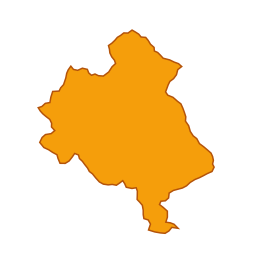 outline of Bicas, Minas Gerais, Brazil, rotated 101°
{"feature_id": "56859067B9449186447624", "entity_name": "Bicas", "entity_type": "district", "adm_level": 2, "iso_a3": "BRA", "parent_name": "Brazil", "parent_adm1": "Minas Gerais", "projection": "orthographic", "projection_center": [-43.101, -21.732], "detail": "fine", "context": "isolated", "style": "filled", "palette": "amber", "viewbox_px": 256, "rotation_deg": 101, "n_neighbors": 0, "source": "geoboundaries", "source_scale": "gbopen_adm2", "svg_char_len": 1946}
<svg xmlns="http://www.w3.org/2000/svg" viewBox="0 0 256 256"><g transform="rotate(101 128 128)"><path d="M216.9,59.7L213.7,64.4L213.0,68.4L213.2,72.9L208.0,72.3L202.1,73.5L199.4,78.0L197.1,82.5L193.6,81.7L192.3,77.4L188.9,74.8L184.0,75.2L180.6,71.5L178.7,67.6L176.5,63.1L173.6,59.5L169.6,56.6L165.8,52.5L163.2,48.5L160.5,45.0L157.8,41.7L154.6,37.2L150.0,36.0L147.3,38.1L143.5,38.0L139.9,39.5L136.8,41.7L134.3,46.0L132.1,49.9L129.7,54.9L125.3,58.5L123.3,62.5L119.5,66.2L114.2,68.9L110.3,72.9L106.0,73.4L102.0,75.6L98.0,78.0L94.2,80.7L92.4,84.4L89.3,89.7L88.2,95.2L85.4,98.0L81.8,97.4L78.0,96.8L74.3,95.8L70.9,92.7L66.5,90.6L61.2,90.3L57.4,87.0L55.2,90.7L54.5,95.2L53.2,100.1L52.8,106.8L50.4,110.0L48.2,113.3L47.4,116.8L43.9,117.8L41.5,121.9L38.2,124.9L35.7,127.9L36.2,132.5L33.8,135.4L32.4,139.0L31.1,142.7L34.8,146.1L35.5,150.3L38.5,152.9L41.0,155.7L44.4,157.6L47.8,160.0L50.8,162.9L54.1,161.3L57.8,160.1L61.2,157.6L64.1,154.2L67.1,152.5L70.9,155.3L76.7,157.6L81.7,162.1L82.3,167.0L81.3,170.7L83.2,173.9L81.5,177.0L78.2,179.1L78.0,184.2L81.0,188.4L80.9,192.7L78.2,195.9L82.4,197.8L86.0,198.6L90.8,198.6L97.7,199.5L101.3,201.7L104.9,202.7L106.5,208.9L112.4,209.6L117.9,209.5L119.6,213.9L123.3,216.6L125.2,220.0L128.1,217.3L130.3,214.4L132.3,210.8L134.5,206.4L137.9,203.9L141.6,203.3L144.5,199.4L148.2,202.4L150.2,207.8L153.7,210.5L159.0,211.9L163.2,206.9L164.5,201.7L166.3,197.4L167.8,192.6L171.2,190.9L175.6,188.0L174.7,182.9L171.6,179.5L167.1,177.2L163.2,175.5L163.9,171.5L167.3,169.8L169.4,166.4L172.1,163.5L175.0,160.1L178.1,157.6L179.8,154.1L183.2,150.1L186.4,145.8L187.8,141.5L187.6,136.6L186.4,132.7L186.4,128.5L183.8,125.9L180.7,123.1L183.2,120.7L186.5,118.4L186.6,112.6L185.1,108.6L188.1,106.8L192.6,106.0L196.4,105.4L198.6,102.3L201.1,99.2L205.7,97.4L210.2,96.5L213.9,95.1L214.4,90.6L218.0,87.6L224.2,88.4L224.9,81.9L224.8,76.2L224.3,71.5L221.3,68.2L217.2,66.0L216.9,59.7Z" fill="#f59e0b" stroke="#b45309" stroke-width="1.5"/></g></svg>